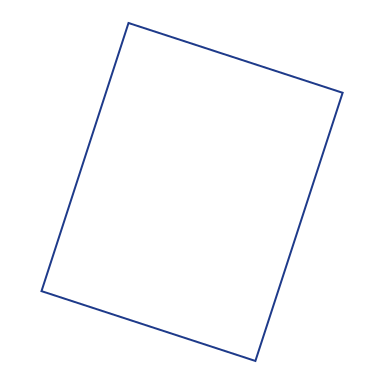 the district of Chickasaw, Iowa, United States of America, rotated 288°
{"feature_id": "52423323B57117017215517", "entity_name": "Chickasaw", "entity_type": "district", "adm_level": 2, "iso_a3": "USA", "parent_name": "United States of America", "parent_adm1": "Iowa", "projection": "robinson", "projection_center": [-92.239, 43.06], "detail": "fine", "context": "isolated", "style": "outline", "palette": "blue", "viewbox_px": 384, "rotation_deg": 288, "n_neighbors": 0, "source": "geoboundaries", "source_scale": "gbopen_adm2", "svg_char_len": 234}
<svg xmlns="http://www.w3.org/2000/svg" viewBox="0 0 384 384"><g transform="rotate(288 192 192)"><path d="M333.0,175.2L333.1,79.4L51.2,79.5L50.9,304.5L332.9,304.6L333.0,175.2Z" fill="none" stroke="#1e3a8a" stroke-width="2"/></g></svg>